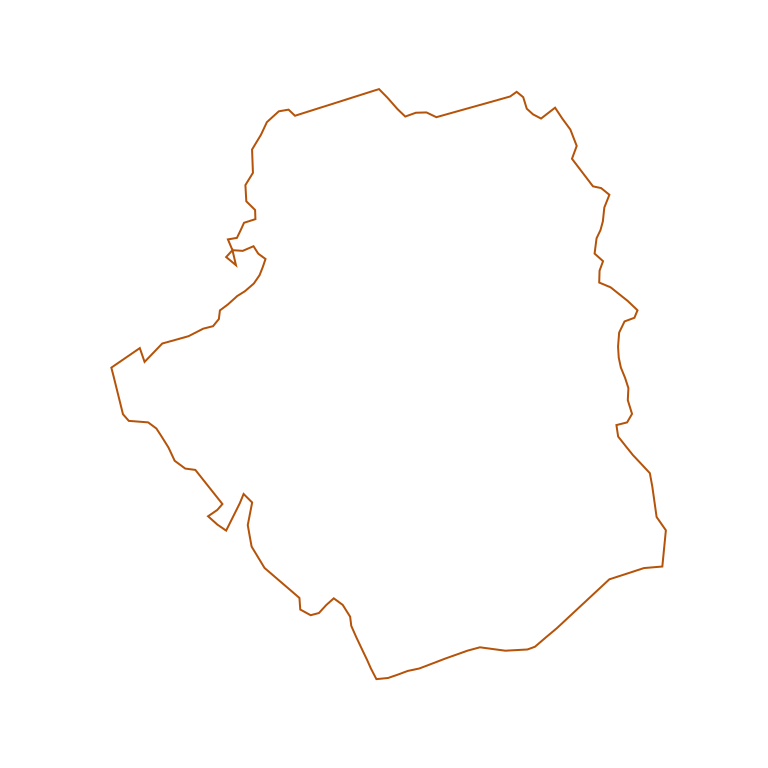 Água Santa, Rio Grande do Sul, Brazil (Natural Earth projection), rotated 348°
{"feature_id": "56859067B17076828661900", "entity_name": "Água Santa", "entity_type": "district", "adm_level": 2, "iso_a3": "BRA", "parent_name": "Brazil", "parent_adm1": "Rio Grande do Sul", "projection": "natural_earth1", "projection_center": [-52.061, -28.213], "detail": "fine", "context": "isolated", "style": "outline", "palette": "amber", "viewbox_px": 768, "rotation_deg": 348, "n_neighbors": 0, "source": "geoboundaries", "source_scale": "gbopen_adm2", "svg_char_len": 1916}
<svg xmlns="http://www.w3.org/2000/svg" viewBox="0 0 768 768"><g transform="rotate(348 384 384)"><path d="M263.6,221.6L273.5,224.4L285.0,222.1L288.1,230.4L294.1,237.1L289.8,244.3L285.0,251.6L277.5,258.7L267.1,264.4L258.8,267.4L247.9,273.7L238.8,277.9L236.0,286.1L228.8,291.9L218.6,292.3L202.7,296.6L175.5,298.3L154.4,312.6L152.6,298.1L120.7,311.3L121.1,320.5L122.4,359.3L126.7,367.0L133.8,369.1L145.3,372.5L152.1,380.2L155.2,388.2L160.0,401.4L163.3,415.6L172.0,425.4L181.6,428.8L201.0,467.8L194.8,472.5L184.4,476.8L191.8,486.9L199.1,494.6L218.2,470.6L223.8,462.4L230.4,472.5L225.3,484.5L221.4,493.7L221.0,505.3L220.7,515.5L228.9,539.1L256.8,575.7L255.2,587.2L264.2,594.9L272.7,594.5L281.7,588.1L290.3,583.2L297.7,591.5L302.5,604.6L301.7,613.8L304.1,625.3L307.6,640.1L310.1,650.4L312.0,659.4L315.2,671.1L326.8,672.4L337.5,671.1L347.4,669.6L359.4,669.6L387.6,665.2L410.2,662.2L423.1,661.5L447.2,670.1L469.1,673.5L477.0,672.4L490.2,665.2L502.1,658.9L563.8,621.9L600.0,618.1L618.3,620.4L629.3,585.7L623.0,570.8L625.1,540.4L625.5,526.5L618.3,514.5L612.7,505.3L607.9,495.8L602.1,484.1L602.8,472.5L613.8,472.1L620.4,464.8L619.1,450.5L622.2,438.9L621.1,428.2L619.1,417.1L619.1,407.0L620.7,396.1L624.7,382.6L632.3,372.8L642.7,371.3L647.3,364.6L639.7,353.5L631.8,343.9L625.8,336.6L615.6,329.5L618.4,318.0L623.8,309.4L617.1,300.2L622.2,285.7L627.8,278.4L631.9,270.4L636.2,257.2L643.8,245.8L637.1,237.5L629.5,234.1L614.7,202.8L622.0,191.2L619.2,173.9L613.6,161.5L608.8,149.3L592.8,157.0L585.8,151.2L580.9,144.4L579.8,132.4L574.5,125.8L567.1,129.0L490.7,133.9L482.0,127.2L471.6,125.3L460.4,126.8L454.4,118.0L446.8,104.5L440.4,94.5L352.7,103.1L347.7,95.8L337.8,95.4L323.9,103.5L315.5,114.6L303.7,127.2L299.7,150.2L289.8,160.6L287.3,176.7L294.1,187.0L292.5,196.0L280.6,197.2L275.8,203.7L270.5,210.5L261.4,210.1L263.6,221.6ZM263.6,221.6L256.0,227.0L263.9,237.0L263.6,221.6Z" fill="none" stroke="#b45309" stroke-width="2"/></g></svg>